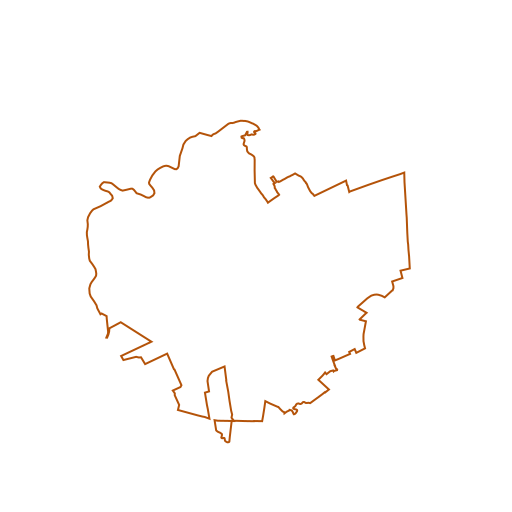 the district of Giroc, Timis, Romania, rotated 143°
{"feature_id": "2599482B4901779350201", "entity_name": "Giroc", "entity_type": "district", "adm_level": 2, "iso_a3": "ROU", "parent_name": "Romania", "parent_adm1": "Timis", "projection": "robinson", "projection_center": [21.239, 45.682], "detail": "fine", "context": "isolated", "style": "outline", "palette": "amber", "viewbox_px": 512, "rotation_deg": 143, "n_neighbors": 0, "source": "geoboundaries", "source_scale": "gbopen_adm2", "svg_char_len": 6162}
<svg xmlns="http://www.w3.org/2000/svg" viewBox="0 0 512 512"><g transform="rotate(143 256 256)"><path d="M391.6,352.2L391.6,347.9L391.8,344.6L392.1,342.1L393.1,340.0L394.2,338.0L395.6,336.5L397.5,335.7L400.0,334.9L402.9,334.1L405.2,333.1L406.8,331.9L408.6,330.5L409.8,328.7L411.4,326.2L412.4,323.1L412.6,317.1L413.0,313.2L413.0,312.7L414.2,309.8L414.6,307.5L415.1,304.1L415.3,303.1L413.9,303.0L411.5,297.9L412.9,295.8L419.7,284.5L420.9,283.1L424.6,280.9L424.1,280.4L421.3,282.0L418.8,284.0L416.6,286.5L403.9,284.5L391.1,250.5L423.9,257.3L424.5,252.7L412.4,247.6L410.6,245.4L408.8,244.3L409.6,236.4L385.7,231.5L389.7,214.9L389.4,214.4L393.3,197.7L395.2,196.8L403.4,198.6L403.5,195.2L404.7,193.7L407.0,183.3L411.0,180.0L398.4,163.7L395.4,160.0L393.9,158.4L391.1,154.1L386.6,162.8L384.8,166.6L379.0,177.6L375.0,176.1L370.0,185.3L367.8,187.5L365.7,188.8L360.7,190.0L347.6,186.7L354.5,174.6L354.8,174.5L359.8,164.4L364.4,156.1L368.9,147.5L370.5,143.7L372.8,141.7L372.9,141.3L372.8,137.7L374.6,139.0L374.7,138.9L385.6,147.4L387.9,149.8L392.7,140.8L392.7,140.3L392.4,139.1L392.1,138.3L391.0,136.4L390.7,135.5L390.5,134.7L390.4,134.3L390.5,134.1L391.1,133.3L392.8,132.0L393.0,131.8L393.0,131.3L392.7,130.8L392.3,130.6L391.3,130.2L390.9,129.8L390.8,129.4L390.9,129.1L391.8,127.4L391.9,126.9L391.9,126.5L391.5,125.5L391.1,124.6L390.8,124.3L390.5,124.1L389.9,123.8L389.3,123.7L389.0,123.8L385.7,127.4L374.8,138.8L372.5,137.1L372.3,137.3L370.6,136.0L364.4,131.0L357.1,125.3L356.9,125.4L350.5,120.4L346.7,123.9L340.8,129.6L335.9,134.5L333.5,129.6L329.3,122.2L329.0,122.0L328.8,119.3L328.3,115.8L327.4,114.2L328.0,113.2L325.3,113.2L322.2,112.6L321.8,112.9L321.0,111.9L320.6,111.4L320.4,110.7L320.5,110.0L320.5,109.9L320.5,109.5L321.0,107.4L321.0,106.8L320.2,106.5L319.6,106.5L318.8,106.6L316.7,107.3L316.1,107.8L315.9,108.3L316.1,108.9L316.4,109.4L317.4,110.5L317.9,111.3L318.0,111.8L317.6,112.3L317.0,112.5L316.7,112.3L314.8,112.5L313.3,113.2L312.7,113.3L312.1,113.3L310.8,112.7L309.9,111.3L309.5,111.0L309.2,110.9L308.2,110.7L306.7,111.0L306.4,111.0L306.0,110.8L305.5,110.5L305.3,110.2L304.9,109.2L304.6,108.6L303.8,108.0L302.3,107.1L301.3,105.9L286.0,105.7L283.7,105.8L282.9,105.8L282.9,105.4L278.1,105.5L280.7,119.6L275.0,120.4L273.1,120.8L270.9,121.4L270.8,119.2L266.0,119.3L263.3,118.2L263.5,117.1L262.8,117.2L260.1,116.1L259.7,116.9L260.0,117.0L259.8,117.8L259.7,117.7L259.7,117.8L259.8,118.2L259.4,119.9L259.1,121.2L258.9,121.1L257.6,125.6L256.1,130.2L255.0,129.9L254.3,129.6L255.8,125.1L252.1,124.1L239.8,121.2L239.3,123.3L233.2,122.3L234.2,118.3L224.5,116.6L223.2,119.7L221.4,123.3L218.6,127.1L217.1,128.9L207.5,137.7L211.4,142.6L211.4,143.0L203.4,144.0L201.9,144.1L205.9,153.9L205.3,154.2L192.6,155.2L188.2,155.0L187.3,154.8L184.9,153.9L183.9,153.3L182.8,152.6L181.6,151.4L179.5,148.5L178.1,145.5L168.1,146.5L167.6,146.3L165.6,147.6L164.4,149.2L162.6,153.7L152.3,150.3L149.4,157.3L140.7,153.5L134.0,163.5L130.5,169.2L127.7,173.4L126.1,176.2L121.2,183.5L112.7,195.7L110.7,198.8L92.9,225.7L87.4,233.4L91.8,234.7L99.6,237.4L109.7,240.8L123.7,245.3L142.2,251.0L143.0,251.0L140.4,257.2L140.7,257.8L138.7,262.0L173.2,268.9L173.2,269.7L173.3,270.2L173.2,270.5L173.3,271.8L173.7,272.5L173.7,275.3L173.0,279.6L172.1,282.7L172.0,283.8L172.2,284.0L171.9,285.1L172.1,286.1L172.1,287.4L172.1,288.3L171.9,289.6L172.2,292.0L172.9,293.5L173.5,294.4L175.1,298.4L178.2,298.8L179.4,299.1L181.2,299.3L182.3,299.7L183.9,300.0L186.9,300.3L188.2,300.6L191.7,301.0L193.2,301.4L193.2,302.1L194.7,302.7L194.8,303.4L194.7,303.9L194.5,306.1L194.3,308.1L194.2,308.8L194.4,309.3L195.9,309.3L197.2,309.4L197.2,307.3L197.3,304.8L196.9,302.9L198.7,303.0L198.9,301.5L199.1,300.6L199.6,299.7L200.1,299.1L200.1,297.9L200.3,297.3L200.4,296.0L200.5,294.9L200.7,294.3L200.6,292.0L200.7,291.0L201.9,290.9L206.5,291.2L209.8,291.3L213.1,291.4L214.4,291.4L214.2,292.9L214.2,294.0L214.1,295.2L214.2,297.0L214.3,298.0L214.1,299.5L214.0,301.1L214.2,302.8L214.1,304.4L214.0,307.9L214.0,309.7L213.5,313.4L213.0,314.9L205.6,325.2L199.1,333.7L198.7,334.5L198.1,335.3L197.9,335.9L197.8,336.3L197.8,337.0L198.0,337.8L198.3,338.9L198.9,340.4L199.8,342.1L200.0,344.1L199.9,345.0L199.2,346.4L198.5,347.5L197.8,348.5L197.7,349.3L198.5,350.6L198.9,351.9L198.6,352.8L198.0,353.3L195.9,354.8L195.4,355.5L195.1,356.3L194.9,356.9L194.9,357.5L195.3,357.9L196.0,358.3L196.3,359.1L195.7,360.2L195.1,360.1L192.0,358.9L190.8,359.5L190.6,359.6L190.2,359.8L189.7,360.0L188.5,360.6L188.0,360.3L188.4,359.7L189.4,358.8L189.9,358.2L189.9,357.7L189.3,357.0L188.3,356.3L187.7,356.1L186.4,355.8L185.9,355.2L185.2,354.5L184.7,354.1L183.1,353.8L182.8,353.9L182.6,354.4L182.9,355.2L182.9,356.2L182.5,356.5L181.8,356.5L180.8,355.7L180.0,355.4L179.5,355.3L178.3,355.1L177.2,354.8L177.2,355.3L176.9,356.7L176.9,358.3L177.1,359.7L177.5,360.7L178.7,363.5L179.4,364.5L179.8,365.3L180.8,367.1L181.7,368.5L182.6,369.5L183.4,370.4L184.3,371.1L184.8,371.5L185.3,372.0L186.8,373.2L187.9,373.7L189.8,374.5L191.8,375.3L193.1,375.6L194.9,376.4L195.7,377.1L196.5,377.6L198.0,378.1L198.8,378.2L211.5,378.1L214.5,378.2L215.4,378.5L216.4,378.8L217.1,378.9L217.9,378.9L219.4,378.6L222.0,381.9L226.9,388.3L232.3,388.2L235.1,389.5L237.2,390.2L240.3,390.4L242.9,390.2L246.9,388.7L249.9,386.3L256.6,381.8L263.8,374.2L265.6,373.3L267.3,373.2L268.6,374.3L271.7,380.3L273.1,381.9L274.2,382.6L276.1,383.4L279.4,384.0L282.5,384.3L285.4,384.1L290.4,382.7L294.7,380.7L297.2,379.1L297.9,377.9L297.9,375.9L297.7,372.9L297.9,369.7L299.3,367.3L301.7,366.3L304.8,366.5L306.0,366.7L307.3,367.7L308.5,369.2L309.4,371.2L311.1,374.5L313.6,378.0L313.6,379.9L313.7,382.3L314.2,384.1L315.3,385.0L319.5,386.8L323.2,388.5L324.4,390.3L325.3,392.2L326.0,394.9L327.0,399.1L327.6,401.1L329.0,402.8L333.0,406.5L334.9,406.6L337.1,406.1L339.0,405.4L339.3,403.9L339.2,402.6L338.2,400.6L337.1,398.8L335.5,396.7L334.8,395.1L334.8,393.1L334.6,390.8L335.2,389.3L335.7,388.3L337.1,387.8L338.8,387.5L341.2,388.0L350.1,389.3L357.7,391.1L359.6,390.9L362.7,390.0L366.7,388.1L369.2,386.0L371.2,382.6L372.9,380.5L374.7,378.7L376.7,376.9L378.5,374.4L379.8,372.0L381.4,368.8L383.1,366.4L384.8,363.6L386.8,360.0L388.8,357.6L390.7,354.4L391.6,352.2Z" fill="none" stroke="#b45309" stroke-width="2"/></g></svg>